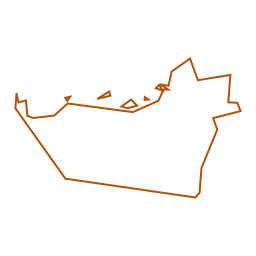 SVG path tracing the border of Abu Dhabi
{"feature_id": "ARE-349", "entity_name": "Abu Dhabi", "entity_type": "Emirate", "adm_level": 1, "iso_a3": "ARE", "parent_name": "United Arab Emirates", "parent_adm1": "", "projection": "robinson", "projection_center": [53.623, 23.935], "detail": "coarse", "context": "isolated", "style": "outline", "palette": "amber", "viewbox_px": 256, "rotation_deg": 0, "n_neighbors": 0, "source": "natural_earth", "source_scale": "10m", "svg_char_len": 680}
<svg xmlns="http://www.w3.org/2000/svg" viewBox="0 0 256 256"><path d="M230.4,74.9L228.3,102.3L237.3,102.8L240.6,111.1L213.1,118.1L217.3,129.5L201.5,167.9L199.6,192.6L195.4,197.5L65.4,178.7L15.4,108.3L16.5,93.1L18.5,102.5L25.9,100.4L27.4,115.9L33.4,118.0L54.4,115.5L67.7,103.5L132.8,112.1L158.4,100.8L163.6,89.5L168.1,89.5L160.1,84.3L168.5,85.8L171.6,71.6L190.0,58.5L197.9,80.2L230.4,74.9ZM121.5,106.5L131.2,99.6L137.1,105.7L127.4,108.2L121.5,106.5ZM110.4,95.7L97.4,98.9L109.2,91.5L110.4,95.7ZM65.4,97.8L70.2,96.7L67.3,100.9L65.4,97.8ZM162.8,90.8L155.9,88.2L159.1,85.0L162.8,90.8ZM148.5,99.5L144.6,99.8L144.8,97.1L148.5,99.5Z" fill="none" stroke="#b45309" stroke-width="2"/></svg>